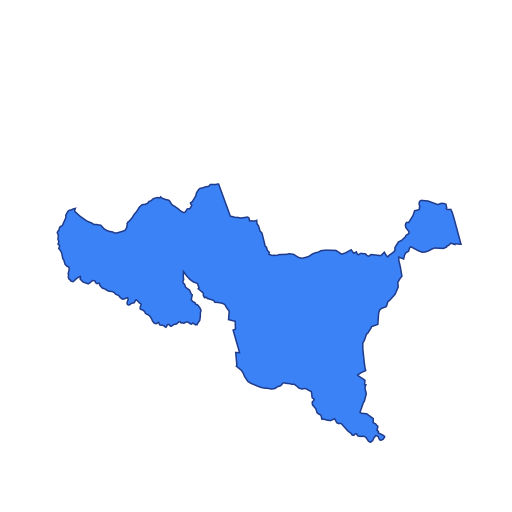 Tepemaxalco, Puebla, Mexico (Mercator projection), rotated 294°
{"feature_id": "50627088B24654938868553", "entity_name": "Tepemaxalco", "entity_type": "district", "adm_level": 2, "iso_a3": "MEX", "parent_name": "Mexico", "parent_adm1": "Puebla", "projection": "mercator", "projection_center": [-98.635, 18.743], "detail": "fine", "context": "isolated", "style": "filled", "palette": "blue", "viewbox_px": 512, "rotation_deg": 294, "n_neighbors": 0, "source": "geoboundaries", "source_scale": "gbopen_adm2", "svg_char_len": 6124}
<svg xmlns="http://www.w3.org/2000/svg" viewBox="0 0 512 512"><g transform="rotate(294 256 256)"><path d="M133.8,382.4L134.0,383.7L134.5,384.0L134.9,387.3L135.9,391.0L139.3,394.0L136.5,397.7L136.5,399.7L137.4,401.1L137.5,402.3L133.3,411.6L132.9,414.1L132.3,415.5L131.5,416.8L132.0,418.4L133.5,418.7L134.5,420.2L133.1,421.9L133.4,424.1L135.3,428.3L135.0,430.2L132.5,434.2L132.4,436.4L135.1,437.7L137.7,437.7L140.7,438.5L140.9,440.9L138.5,443.5L138.3,444.8L140.2,446.7L142.6,447.1L143.5,446.9L144.0,444.6L144.2,439.5L145.7,439.1L145.9,437.3L149.1,436.9L150.1,436.4L150.4,435.1L151.3,433.5L151.3,431.0L155.2,429.2L156.9,421.2L155.2,416.3L155.4,414.6L166.2,413.7L167.1,414.1L175.0,412.8L179.7,409.2L183.1,408.7L182.6,407.5L186.8,406.1L188.2,398.0L188.6,397.2L192.2,399.5L196.0,402.8L198.0,401.2L203.3,397.9L214.2,391.6L219.8,389.0L223.2,389.3L229.3,388.7L231.1,389.5L237.0,390.4L238.5,390.3L243.1,395.1L253.6,391.3L256.5,390.9L259.0,391.8L262.5,395.4L263.9,395.6L267.7,395.0L269.8,396.1L277.4,398.6L282.0,398.6L285.6,398.5L289.6,396.3L294.4,396.8L296.9,397.5L304.9,392.2L310.3,388.1L313.1,387.0L313.3,392.1L317.4,391.3L319.8,391.6L322.4,393.4L326.1,393.0L327.4,393.6L326.8,402.9L327.1,406.3L328.4,408.9L331.6,412.2L334.0,413.9L336.0,416.0L339.1,424.1L341.7,426.5L342.9,426.4L343.8,427.4L344.9,428.1L346.6,428.6L347.0,428.9L347.3,432.6L347.7,432.2L348.3,433.4L350.1,438.5L370.8,421.7L375.8,417.4L377.8,415.0L376.4,412.2L376.5,411.0L376.8,410.5L377.8,410.5L380.5,408.5L380.5,406.8L379.6,404.0L376.9,401.1L376.2,390.8L374.1,384.5L373.0,383.5L371.3,383.3L369.2,384.2L368.2,385.4L367.3,385.4L365.1,386.2L364.2,385.6L361.9,382.5L356.8,383.0L348.6,381.8L348.0,380.0L346.7,379.6L344.9,379.9L342.8,381.5L340.4,385.9L338.6,386.5L336.0,384.7L334.0,384.6L329.4,382.6L326.8,380.4L320.8,379.5L319.5,379.7L318.1,380.7L315.6,380.1L310.7,377.3L308.8,376.6L309.4,374.8L311.7,371.7L307.1,369.9L304.1,360.4L301.8,359.3L301.5,357.4L302.5,355.1L301.0,350.6L298.8,349.0L298.9,347.8L300.6,346.0L298.2,344.1L300.4,340.4L295.1,336.4L292.5,333.5L293.6,326.7L289.8,317.5L287.4,313.3L284.7,311.2L283.3,309.2L281.1,306.9L277.7,304.8L276.4,303.7L272.9,299.4L272.3,297.6L272.0,295.1L272.8,289.6L271.5,285.2L270.1,283.6L266.8,276.7L265.2,275.1L264.4,273.4L264.0,271.9L263.1,270.9L262.8,267.0L264.7,266.7L265.8,264.0L268.3,262.0L268.6,260.5L279.3,252.2L280.5,249.5L284.8,245.8L285.4,244.3L287.4,242.8L288.9,242.2L287.4,240.6L285.5,235.8L287.7,234.3L288.2,232.6L284.8,227.2L284.2,225.8L283.8,223.5L282.7,221.2L282.5,218.7L281.9,216.4L306.5,192.6L306.1,191.5L305.0,190.3L302.8,185.2L300.3,184.4L298.8,181.9L296.2,179.2L295.1,177.4L293.4,176.6L289.9,176.0L288.0,176.1L287.0,176.6L279.7,175.7L277.9,174.5L277.0,175.2L276.4,176.7L273.7,176.6L272.0,176.0L271.6,174.9L270.9,174.0L267.2,173.5L266.3,172.3L266.3,169.9L266.7,167.8L267.3,166.4L268.3,161.4L268.5,158.9L269.4,157.1L271.3,154.4L271.4,152.6L270.9,151.2L270.6,145.8L271.3,144.9L269.7,144.2L269.4,142.3L267.2,139.5L266.1,138.6L263.7,137.6L262.2,136.0L259.9,135.5L257.9,133.4L256.8,131.5L256.0,130.8L252.9,129.5L248.1,128.9L244.6,127.8L240.6,127.3L236.3,126.0L235.0,125.2L233.3,125.1L233.3,125.3L229.3,126.3L226.2,126.0L223.7,123.4L220.5,119.5L219.4,117.1L219.7,115.4L219.0,112.8L218.6,109.6L219.0,106.3L220.9,101.8L220.9,101.0L220.5,100.4L219.8,97.1L218.9,95.3L219.3,92.0L219.1,87.5L220.8,78.9L223.0,72.5L224.0,71.7L226.0,71.6L224.3,69.5L222.8,68.3L221.9,66.9L220.4,66.0L216.0,65.6L213.9,66.7L205.5,66.7L204.2,66.3L203.4,65.2L201.3,65.0L199.1,65.6L198.1,64.9L196.4,65.0L194.6,67.0L190.6,68.3L189.3,69.8L188.1,70.2L186.3,70.3L185.8,72.0L185.1,72.6L182.6,72.7L181.8,74.5L180.5,76.4L179.0,77.8L175.1,80.5L174.0,82.2L170.9,84.8L169.7,87.5L169.8,89.3L168.9,90.3L167.0,91.0L163.4,91.6L162.4,92.5L160.1,93.2L158.8,94.6L158.9,95.5L158.0,96.5L157.8,97.5L158.2,99.4L163.1,101.6L164.3,102.4L165.9,103.8L165.2,104.4L163.6,104.6L163.3,104.9L161.9,108.5L162.3,114.0L162.8,114.5L167.1,116.7L167.4,117.3L167.6,118.4L167.6,119.3L166.4,120.3L166.1,121.8L166.8,123.2L167.4,123.6L166.7,124.8L165.6,125.3L164.1,128.9L164.5,131.4L164.0,133.7L164.0,135.9L165.0,139.0L165.0,141.2L164.0,143.3L164.1,146.5L162.9,148.7L162.2,151.3L162.7,152.4L163.9,153.9L164.8,154.5L165.6,155.6L164.7,156.7L163.9,157.0L161.7,157.0L159.9,157.7L159.4,158.5L159.5,159.7L160.2,160.6L162.0,161.3L163.7,163.7L167.0,164.1L167.3,164.8L165.7,168.6L165.4,170.6L164.7,170.9L162.6,170.9L161.0,171.4L160.3,172.2L160.6,174.9L159.7,177.2L158.9,177.9L158.4,179.3L158.4,181.8L157.9,183.4L156.5,185.7L154.5,187.9L153.3,190.2L153.3,191.4L153.9,192.9L155.3,193.3L155.7,193.6L155.8,194.1L154.1,195.7L153.9,196.5L154.6,198.3L154.8,200.3L154.4,201.2L154.2,202.7L155.4,203.0L157.2,202.9L157.9,203.8L157.9,204.6L157.1,206.3L157.2,207.0L160.7,209.4L161.0,210.5L161.4,210.9L164.6,212.5L164.9,212.9L165.0,213.5L164.3,214.8L165.1,216.0L165.2,217.5L166.8,218.6L167.8,219.9L167.9,221.3L167.4,222.9L167.4,224.4L167.6,224.9L168.9,225.3L169.1,225.7L168.5,228.8L169.0,229.2L169.4,230.2L170.3,230.0L174.3,230.8L178.2,229.7L181.7,228.2L182.8,228.2L184.2,227.7L186.2,225.3L187.5,222.7L187.6,221.5L187.4,220.6L187.7,219.9L188.3,219.6L188.7,218.8L188.6,216.8L189.3,215.4L190.2,214.5L194.6,213.6L194.9,212.3L197.8,209.2L198.6,205.2L199.1,204.0L201.0,202.4L202.0,200.1L202.9,199.6L205.1,199.5L207.3,198.1L212.3,196.1L209.7,200.6L207.7,205.1L206.8,209.3L207.1,212.9L206.8,214.1L205.0,215.5L203.8,216.9L202.6,216.5L200.7,222.9L198.3,224.1L197.0,226.0L198.1,227.1L197.4,228.7L198.2,235.2L197.0,237.3L198.1,240.2L199.1,244.3L199.0,247.2L196.7,250.3L194.6,254.0L186.7,256.8L187.9,263.5L180.8,267.0L179.0,265.2L161.0,280.3L159.6,276.7L148.7,282.8L147.4,282.8L145.6,289.1L143.8,291.9L141.1,294.8L138.1,299.6L137.6,302.8L137.8,311.7L138.1,314.7L138.8,317.6L140.1,321.3L140.7,324.2L142.7,327.3L145.2,328.7L147.4,331.2L151.1,332.5L151.8,334.0L151.8,334.9L153.2,339.1L153.4,341.2L154.4,342.9L153.7,346.2L152.8,348.9L153.1,351.9L154.8,354.4L155.1,356.1L154.8,358.0L154.6,361.8L149.6,364.8L149.2,365.3L148.9,367.1L148.7,367.5L147.2,367.5L146.3,367.0L145.3,366.8L142.9,368.2L140.7,372.9L137.9,375.3L137.3,376.5L137.0,379.8L136.3,380.7L133.8,382.4Z" fill="#3b82f6" stroke="#1e3a8a" stroke-width="1.5"/></g></svg>